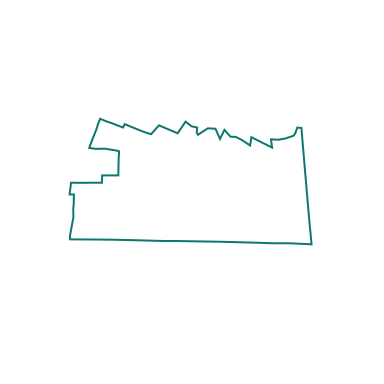 outline of Montgomery, Pennsylvania, United States of America, rotated 143°
{"feature_id": "52423323B27696847619377", "entity_name": "Montgomery", "entity_type": "district", "adm_level": 2, "iso_a3": "USA", "parent_name": "United States of America", "parent_adm1": "Pennsylvania", "projection": "albers", "projection_center": [-75.324, 40.212], "detail": "fine", "context": "isolated", "style": "outline", "palette": "teal", "viewbox_px": 384, "rotation_deg": 143, "n_neighbors": 0, "source": "geoboundaries", "source_scale": "gbopen_adm2", "svg_char_len": 1174}
<svg xmlns="http://www.w3.org/2000/svg" viewBox="0 0 384 384"><g transform="rotate(143 192 192)"><path d="M128.0,78.3L116.9,96.3L113.4,102.0L87.6,143.1L66.1,177.3L69.1,180.1L73.8,177.0L77.0,175.8L85.1,178.5L91.5,181.7L97.2,186.5L101.3,179.3L111.6,200.0L117.6,194.2L121.2,204.3L124.0,209.8L128.0,213.0L128.7,222.1L137.7,217.5L135.2,228.4L141.0,233.3L152.8,234.1L152.4,236.7L149.1,240.4L152.8,244.7L154.8,252.1L168.1,247.5L178.3,265.1L190.0,262.8L194.3,269.0L202.0,281.7L204.9,286.7L208.3,285.0L215.2,296.1L217.5,299.4L221.3,305.7L226.0,302.9L230.6,299.6L231.1,299.3L235.8,296.4L239.5,294.2L245.7,290.3L246.5,289.8L246.9,289.4L247.5,288.9L247.3,288.8L242.9,284.4L235.6,279.1L227.5,270.7L225.7,268.4L230.3,263.0L238.3,252.9L240.8,249.6L253.8,259.3L258.3,253.6L267.5,260.5L272.0,263.8L282.5,271.8L283.1,272.2L285.7,269.4L291.2,263.7L287.8,261.1L290.2,258.1L293.1,254.3L297.2,249.7L301.9,243.2L303.4,241.8L305.3,240.1L315.9,230.4L317.9,227.6L312.6,223.5L297.1,211.7L283.9,201.5L272.5,192.5L267.3,188.4L244.2,170.0L233.5,161.9L199.8,135.6L198.0,134.2L192.9,130.1L174.9,115.8L171.9,113.4L158.9,102.9L144.8,92.2L128.0,78.3Z" fill="none" stroke="#0f766e" stroke-width="2"/></g></svg>